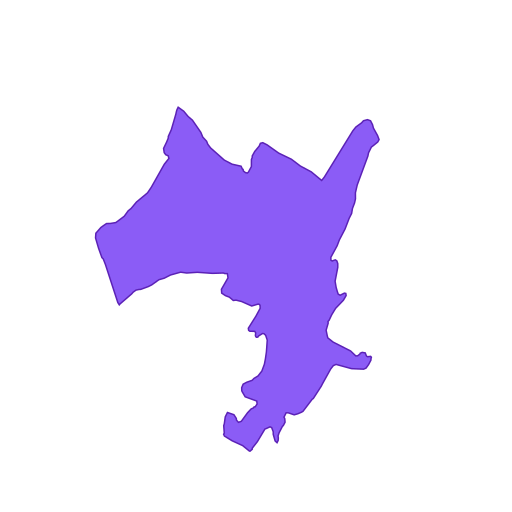 Casillas, Santa Rosa, Guatemala (Equal Earth projection), rotated 209°
{"feature_id": "79465075B57906860405823", "entity_name": "Casillas", "entity_type": "district", "adm_level": 2, "iso_a3": "GTM", "parent_name": "Guatemala", "parent_adm1": "Santa Rosa", "projection": "equal_earth", "projection_center": [-90.184, 14.388], "detail": "fine", "context": "isolated", "style": "filled", "palette": "violet", "viewbox_px": 512, "rotation_deg": 209, "n_neighbors": 0, "source": "geoboundaries", "source_scale": "gbopen_adm2", "svg_char_len": 3206}
<svg xmlns="http://www.w3.org/2000/svg" viewBox="0 0 512 512"><g transform="rotate(209 256 256)"><path d="M197.9,84.4L196.3,83.2L187.3,82.8L175.8,83.7L167.3,82.2L166.6,82.4L165.6,85.1L166.1,86.1L164.8,94.2L164.3,109.0L163.2,110.3L160.9,113.4L159.1,113.5L155.7,110.6L154.5,108.4L149.6,103.5L147.1,102.9L147.2,105.4L148.2,107.6L149.5,109.4L150.1,112.7L150.3,120.1L149.9,120.8L150.0,124.7L152.0,127.7L153.4,128.6L153.6,133.5L151.7,134.5L145.6,135.6L142.9,138.3L140.5,141.4L139.6,142.9L137.4,158.0L136.8,159.1L135.8,173.7L135.9,176.4L135.9,193.4L135.2,197.7L133.4,200.0L117.8,203.8L107.0,209.2L105.4,211.3L104.9,215.6L105.0,220.6L105.7,222.1L106.0,223.4L107.1,223.8L109.6,222.0L110.8,222.0L113.5,224.2L116.4,223.2L117.7,221.5L117.6,220.6L118.7,218.0L120.3,217.0L127.2,218.8L146.8,218.1L153.5,219.2L155.2,221.0L158.7,225.1L160.3,232.2L161.3,233.7L160.9,235.1L161.3,241.4L161.0,248.8L158.1,259.7L158.0,265.1L159.3,266.8L160.7,266.4L163.4,262.5L165.6,262.5L167.6,264.3L170.7,267.4L174.6,272.3L179.0,285.8L180.8,289.0L182.9,290.9L184.7,291.1L185.6,290.2L186.9,288.6L188.4,288.6L189.9,291.1L190.0,304.3L190.9,310.6L191.2,322.8L192.8,334.2L193.0,339.6L194.7,344.4L195.5,350.1L196.7,354.2L199.7,359.5L201.9,367.2L206.6,397.7L207.6,400.8L207.9,407.2L206.8,409.7L204.8,414.7L204.8,417.5L208.1,420.3L215.3,424.8L217.8,427.4L221.4,429.8L224.6,429.3L227.6,426.4L228.2,423.7L231.2,417.2L232.0,412.4L234.5,358.1L235.2,353.9L248.5,356.4L260.8,356.2L272.0,357.8L286.0,357.0L300.2,358.6L305.0,358.4L306.8,356.7L306.5,353.6L307.8,346.9L307.8,341.6L307.1,340.6L306.8,338.2L303.4,332.0L303.3,325.7L303.8,324.4L305.6,323.8L308.2,324.2L309.3,325.5L310.0,325.4L312.6,327.3L321.5,324.7L330.1,324.5L348.1,328.5L352.4,330.4L354.8,332.4L360.2,334.2L364.2,337.4L377.5,344.0L383.0,345.1L389.4,347.6L396.2,348.4L396.1,346.5L396.0,345.2L395.6,343.6L394.9,341.3L391.3,325.4L390.7,318.1L389.9,316.5L389.4,312.2L389.0,305.3L386.4,301.9L384.0,300.8L381.4,301.1L379.5,299.1L380.7,291.8L380.9,265.4L381.5,258.6L386.7,245.3L388.3,237.0L389.7,233.6L390.5,226.9L394.8,217.3L399.1,213.9L402.5,211.9L404.4,208.1L405.5,205.7L407.1,198.3L405.1,194.0L397.5,186.5L390.0,179.9L388.2,179.4L383.5,175.5L354.3,148.3L351.9,147.0L351.7,148.1L346.4,162.5L345.9,164.8L344.4,168.0L342.0,170.1L341.2,170.5L340.4,171.2L339.9,171.8L335.4,177.0L333.2,180.2L329.4,188.2L325.5,192.1L321.6,197.9L314.1,205.3L308.4,207.5L299.4,213.3L285.7,219.7L276.3,225.3L274.8,225.5L272.5,226.7L269.9,223.3L270.1,210.1L268.0,206.9L263.5,206.5L259.4,207.1L254.3,206.1L252.1,207.7L246.6,209.2L235.5,210.2L231.1,214.7L230.1,215.3L228.6,214.9L227.0,212.3L226.9,203.5L227.7,189.1L226.4,187.4L224.9,187.2L220.6,189.5L219.0,188.6L218.6,187.6L218.0,186.2L217.3,185.5L216.3,185.1L215.1,185.9L215.0,187.2L212.7,191.4L211.3,191.9L209.1,191.3L205.4,187.9L202.4,181.5L200.3,176.9L197.8,170.3L196.2,165.4L195.1,158.2L196.1,152.0L198.4,148.0L199.1,145.4L202.9,141.1L205.1,137.7L204.7,133.9L203.1,131.2L201.8,130.3L197.2,127.6L185.0,129.5L183.3,127.1L183.6,123.7L184.5,123.1L184.6,121.9L186.1,119.9L187.4,114.8L188.7,104.3L190.7,102.0L193.5,103.0L194.5,104.4L198.4,106.5L205.1,105.3L204.9,100.4L202.4,93.9L202.0,92.0L197.9,85.7L197.9,84.4Z" fill="#8b5cf6" stroke="#5b21b6" stroke-width="1.5"/></g></svg>